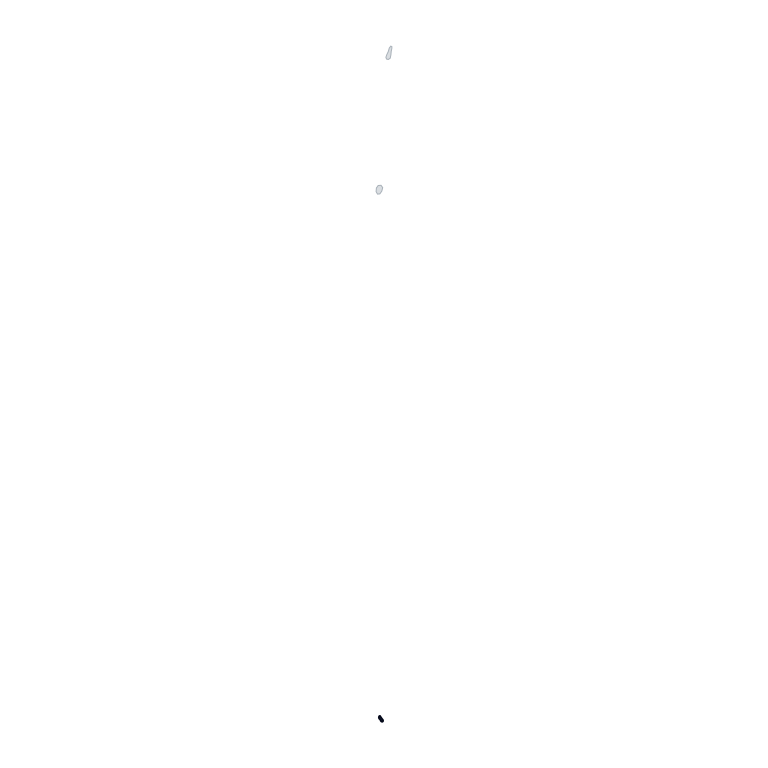 Foammulah, Maldives (highlighted)
{"feature_id": "70690204B71388549423545", "entity_name": "Foammulah", "entity_type": "district", "adm_level": 2, "iso_a3": "MDV", "parent_name": "Maldives", "parent_adm1": "", "projection": "equal_earth", "projection_center": [73.424, -0.376], "detail": "fine", "context": "in_parent", "style": "filled", "palette": "ink", "viewbox_px": 768, "rotation_deg": 0, "n_neighbors": 0, "source": "geoboundaries", "source_scale": "gbopen_adm2", "svg_char_len": 1070}
<svg xmlns="http://www.w3.org/2000/svg" viewBox="0 0 768 768"><path d="M390.2,58.2L388.3,59.5L386.5,59.0L385.9,57.3L386.8,54.7L388.3,51.5L389.3,48.0L390.8,46.1L391.9,46.7L391.8,48.7L391.2,51.4L390.9,54.9L390.2,58.2ZM379.8,193.9L377.5,194.1L376.1,191.6L376.4,188.0L378.2,185.5L381.0,185.3L382.7,187.6L381.8,191.1L379.8,193.9Z" fill="#d9dde1" stroke="#a8b0b8" stroke-width="1"/><path d="M382.0,721.9L382.4,721.9L382.7,721.7L383.0,721.5L383.1,721.3L383.2,720.9L383.2,720.5L383.1,720.1L383.0,719.8L382.7,719.5L382.6,719.3L382.3,719.0L382.1,718.7L381.9,718.4L381.7,718.1L381.5,717.9L381.3,717.6L381.1,717.4L380.9,717.1L380.8,716.8L380.7,716.6L380.5,716.4L380.4,716.2L380.2,715.9L379.9,715.8L379.6,715.8L379.4,715.9L379.2,716.0L379.0,716.4L378.9,716.6L378.8,716.8L378.8,717.0L378.7,717.2L378.7,717.4L378.8,717.6L378.8,718.0L378.9,718.3L379.1,718.7L379.3,719.0L379.5,719.1L379.8,719.3L380.0,719.6L380.2,719.8L380.3,720.1L380.4,720.4L380.5,720.7L380.7,721.0L380.9,721.2L381.1,721.5L381.4,721.7L381.7,721.8L382.0,721.9Z" fill="#0f172a" stroke="#020617" stroke-width="1.5"/></svg>